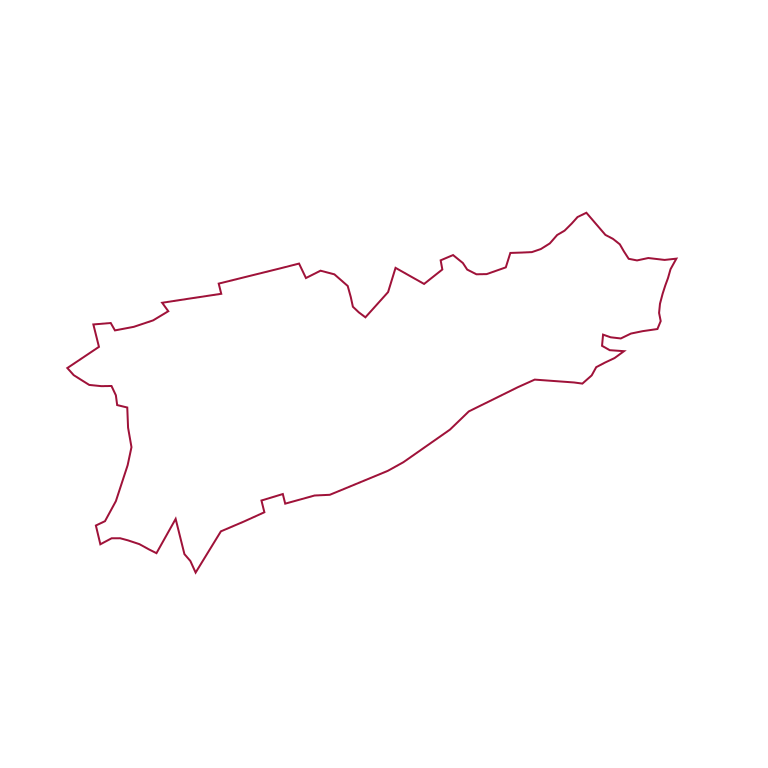 Barra do Rio Azul, Rio Grande do Sul, Brazil (Albers equal-area conic projection), rotated 76°
{"feature_id": "56859067B71186503980939", "entity_name": "Barra do Rio Azul", "entity_type": "district", "adm_level": 2, "iso_a3": "BRA", "parent_name": "Brazil", "parent_adm1": "Rio Grande do Sul", "projection": "albers", "projection_center": [-52.41, -27.39], "detail": "fine", "context": "isolated", "style": "outline", "palette": "rose", "viewbox_px": 768, "rotation_deg": 76, "n_neighbors": 0, "source": "geoboundaries", "source_scale": "gbopen_adm2", "svg_char_len": 1523}
<svg xmlns="http://www.w3.org/2000/svg" viewBox="0 0 768 768"><g transform="rotate(76 384 384)"><path d="M333.1,70.0L331.5,81.7L325.7,97.1L325.3,108.6L321.7,116.3L313.5,119.1L305.5,121.4L298.6,126.7L292.9,133.1L266.8,146.2L268.8,155.8L273.7,163.0L278.9,171.7L281.3,179.9L287.7,189.1L291.0,199.2L291.8,208.6L289.8,218.5L287.4,229.7L300.3,237.6L302.2,257.8L299.9,267.8L293.1,275.6L285.7,278.2L275.6,285.8L277.7,299.1L287.0,299.7L296.6,320.9L274.1,344.7L295.8,357.8L314.8,385.9L308.4,391.1L301.5,395.5L291.5,395.2L280.1,395.5L265.6,405.6L258.7,418.2L262.3,434.1L246.6,437.3L246.7,456.5L246.6,520.1L257.1,520.1L253.8,554.8L251.5,579.6L261.2,575.7L266.4,592.6L268.0,612.9L266.9,632.1L258.7,634.4L255.9,651.6L279.0,651.6L291.9,687.4L300.4,682.9L307.6,676.0L313.6,670.2L317.7,658.8L320.0,648.9L330.1,646.9L339.9,648.0L344.7,638.8L364.5,642.9L384.2,644.3L400.8,652.4L432.8,672.5L449.6,687.9L451.6,697.8L470.9,698.0L467.8,685.6L469.8,677.4L473.8,670.2L480.2,660.1L487.6,652.1L493.1,645.7L464.5,618.8L500.8,618.8L508.9,614.7L521.4,612.4L487.5,577.9L483.6,553.4L479.5,531.1L467.4,531.1L466.3,508.8L476.2,508.8L475.4,478.3L478.4,463.4L469.2,401.4L464.6,384.2L444.2,331.0L431.1,308.3L419.5,255.0L416.2,236.7L428.5,199.2L431.6,191.4L425.9,180.4L419.0,174.0L416.7,164.5L414.6,154.0L410.2,143.2L405.8,156.8L399.7,163.2L389.1,159.5L393.5,152.8L397.1,143.2L394.8,132.2L395.3,120.3L396.8,105.4L389.9,100.3L381.6,99.9L372.9,96.8L363.8,91.8L356.4,87.2L349.9,82.8L341.9,78.2L333.1,70.0Z" fill="none" stroke="#9f1239" stroke-width="2"/></g></svg>